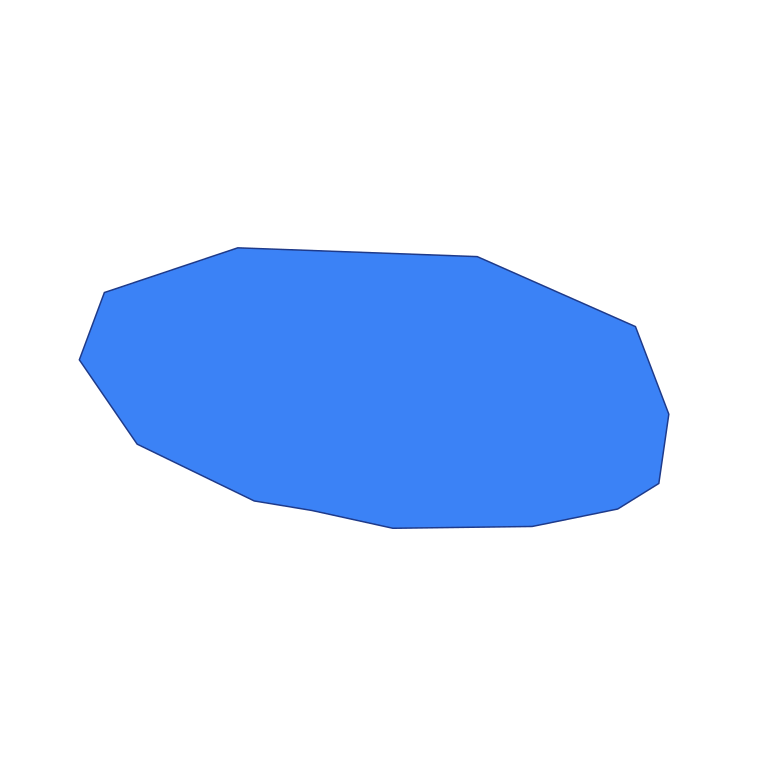 map outline of Sottunga (Mercator projection), rotated 121°
{"feature_id": "ALD-4821", "entity_name": "Sottunga", "entity_type": "state/province", "adm_level": 1, "iso_a3": "ALA", "parent_name": "Aland", "parent_adm1": "", "projection": "mercator", "projection_center": [20.666, 60.13], "detail": "fine", "context": "isolated", "style": "filled", "palette": "blue", "viewbox_px": 768, "rotation_deg": 121, "n_neighbors": 0, "source": "natural_earth", "source_scale": "10m", "svg_char_len": 338}
<svg xmlns="http://www.w3.org/2000/svg" viewBox="0 0 768 768"><g transform="rotate(121 384 384)"><path d="M529.6,380.8L551.1,435.0L562.7,564.6L520.2,657.6L449.6,670.8L342.6,579.5L226.8,369.7L205.3,198.0L263.2,124.3L327.7,97.2L370.8,119.3L429.8,183.6L503.1,302.1L529.6,380.8Z" fill="#3b82f6" stroke="#1e3a8a" stroke-width="1.5"/></g></svg>